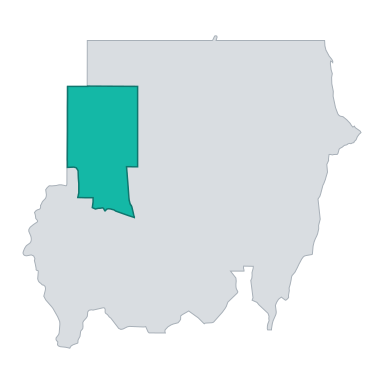 Al Malha, North Darfur, Sudan (highlighted)
{"feature_id": "16777658B62126851922243", "entity_name": "Al Malha", "entity_type": "district", "adm_level": 2, "iso_a3": "SDN", "parent_name": "Sudan", "parent_adm1": "North Darfur", "projection": "robinson", "projection_center": [26.533, 17.176], "detail": "fine", "context": "in_parent", "style": "filled", "palette": "teal", "viewbox_px": 384, "rotation_deg": 0, "n_neighbors": 0, "source": "geoboundaries", "source_scale": "gbopen_adm2", "svg_char_len": 5452}
<svg xmlns="http://www.w3.org/2000/svg" viewBox="0 0 384 384"><path d="M271.5,329.9L267.7,329.9L267.3,328.8L267.4,326.1L267.8,324.0L269.1,320.6L268.8,318.8L269.0,316.2L268.0,313.3L258.8,304.7L257.0,302.4L252.1,300.2L253.0,297.8L250.8,280.4L251.8,278.4L252.1,275.3L252.0,272.6L253.2,268.2L253.3,266.3L243.6,266.1L243.5,268.1L244.0,270.2L244.0,271.1L230.5,271.1L235.9,278.0L236.2,281.0L235.9,284.7L236.0,287.1L236.3,288.7L237.8,291.7L237.7,292.3L237.3,293.0L227.8,302.2L226.3,306.4L225.0,308.6L222.3,312.3L213.6,322.1L212.1,322.7L205.5,323.1L204.8,323.3L204.3,323.8L204.0,323.6L198.3,317.9L188.7,311.0L182.4,314.6L180.7,315.9L180.6,319.3L179.7,320.9L178.0,322.8L173.3,324.0L170.9,325.0L168.0,326.8L165.1,329.9L164.9,331.6L165.3,333.0L149.1,332.9L148.0,331.8L145.7,326.6L144.0,327.0L129.3,326.4L127.2,326.9L123.0,329.0L120.9,329.4L118.7,328.4L110.9,318.2L109.3,317.0L107.5,314.6L105.9,313.5L105.3,312.8L105.1,311.7L105.2,309.5L104.6,308.1L103.4,307.7L93.0,310.1L91.5,309.8L89.3,310.2L88.6,310.7L87.7,312.0L87.5,314.8L87.3,316.2L86.5,317.7L83.5,321.1L82.8,322.6L83.0,326.4L82.8,328.4L82.3,329.2L81.0,330.7L80.6,331.5L80.0,336.4L78.4,339.3L78.0,340.4L77.9,342.5L77.7,343.1L73.0,344.8L71.2,345.9L70.1,347.5L69.8,348.2L67.8,347.7L65.3,347.2L60.3,346.7L58.4,345.9L57.5,344.8L57.8,341.8L57.3,341.2L56.5,340.7L56.0,339.4L56.1,337.9L58.7,334.5L59.2,332.7L59.9,324.1L59.7,321.5L57.7,316.8L53.0,308.5L51.8,306.9L45.9,300.1L45.3,299.1L43.8,296.2L45.4,289.9L45.5,288.2L45.1,286.4L43.6,285.1L42.3,284.9L40.6,283.2L39.4,282.4L38.4,281.0L37.7,278.9L38.3,271.5L37.9,270.5L36.4,270.2L36.1,269.7L36.1,268.3L35.3,264.1L34.4,260.6L34.9,258.7L33.7,256.0L31.3,254.9L26.6,255.8L25.1,255.6L24.1,255.1L23.4,254.2L23.0,253.0L23.4,251.3L24.7,248.2L26.4,245.6L29.8,243.2L30.7,242.0L31.2,240.6L31.3,239.0L31.1,237.3L30.7,235.8L29.8,233.7L28.8,231.3L28.8,229.7L29.3,228.6L30.2,227.2L33.6,224.4L37.0,222.2L37.6,221.4L37.4,220.4L35.8,218.5L35.3,214.9L34.5,212.4L36.2,210.5L37.5,209.8L39.5,209.2L40.3,208.4L40.6,206.9L40.5,205.4L41.2,204.4L42.2,202.1L43.0,201.0L45.6,198.3L46.2,196.5L46.4,194.8L45.7,189.7L47.2,187.6L49.2,185.8L52.0,185.9L56.3,185.5L59.2,184.8L61.3,184.8L66.1,185.8L66.6,185.4L66.9,184.0L67.2,86.7L86.9,86.7L87.2,86.5L87.3,40.5L211.6,40.5L212.6,40.4L214.6,36.1L215.4,35.8L216.7,36.0L217.1,37.0L216.1,40.5L324.6,40.5L324.9,45.8L325.9,50.0L329.1,56.0L331.7,59.2L332.7,61.0L332.8,61.8L332.7,62.6L331.9,61.7L330.5,61.1L330.4,63.9L331.1,69.7L332.3,73.7L331.6,77.5L331.8,83.8L333.3,91.4L333.1,96.2L335.5,107.6L337.8,113.8L339.0,115.4L340.4,116.2L343.0,116.7L346.9,119.9L350.1,123.3L351.2,125.1L352.7,127.0L353.7,126.7L354.3,126.1L355.3,127.7L360.2,131.1L361.0,132.6L359.2,134.2L357.3,136.8L356.3,139.3L355.8,140.1L354.2,141.6L354.0,142.4L353.3,142.8L352.5,142.9L350.9,143.7L349.4,143.4L347.9,143.9L347.3,144.5L346.2,145.0L344.5,145.3L342.0,147.3L339.9,148.4L339.1,149.2L338.0,153.3L337.2,154.4L333.9,154.5L332.4,154.9L330.2,154.4L329.1,154.5L328.9,155.4L328.5,158.9L328.6,160.5L326.8,164.5L327.5,172.1L325.8,177.8L325.5,179.1L323.8,183.6L322.9,185.3L320.7,193.7L319.9,196.2L318.0,199.0L320.2,219.2L318.6,225.4L318.7,228.8L317.6,233.7L316.7,236.0L315.3,238.8L314.1,241.9L313.1,246.0L312.4,253.8L312.1,254.5L306.3,255.5L304.5,256.0L303.3,256.9L301.8,258.9L298.9,264.3L297.3,267.7L294.9,272.3L292.1,275.5L291.5,277.1L291.1,280.0L290.1,284.7L289.1,288.0L289.3,290.6L288.5,295.2L288.6,297.5L287.6,298.7L286.3,299.9L285.4,300.2L281.3,297.1L278.5,299.3L276.7,302.2L275.4,305.3L276.2,311.6L276.2,313.0L275.8,314.6L273.1,320.8L272.3,323.7L271.5,328.7L271.5,329.9Z" fill="#d9dde1" stroke="#a8b0b8" stroke-width="1"/><path d="M137.6,116.3L137.6,93.0L137.6,92.8L137.6,86.4L87.7,86.1L87.7,86.4L67.6,86.4L67.6,95.6L67.6,96.6L67.5,108.0L67.5,117.7L67.5,131.6L67.3,160.0L67.4,161.3L67.4,167.4L73.9,167.1L76.3,167.8L78.1,170.7L78.3,176.6L78.4,178.7L78.8,183.7L78.8,183.8L78.8,188.7L78.8,188.8L78.8,190.9L78.8,191.9L78.8,193.0L78.4,194.5L78.3,195.3L78.0,196.5L77.9,196.9L77.8,197.5L81.0,197.6L81.8,197.6L84.8,197.7L89.4,197.7L93.1,197.7L93.1,197.8L93.1,201.9L92.3,207.6L94.1,208.4L95.4,209.0L98.1,208.3L100.5,208.2L102.5,207.8L103.5,208.4L104.0,209.3L104.8,210.8L105.3,210.8L106.0,209.9L107.0,209.0L107.6,208.9L108.7,208.7L110.8,209.0L112.0,209.4L113.8,209.8L115.8,211.1L128.2,215.5L131.9,216.7L133.5,217.2L134.3,217.5L134.3,217.4L134.3,217.1L134.2,217.1L134.2,216.7L134.0,216.4L133.9,215.9L133.9,215.7L133.7,215.0L133.5,214.2L133.5,213.9L133.3,213.2L133.2,212.6L133.0,211.7L132.9,211.5L132.7,210.5L132.7,210.4L132.6,210.0L132.5,209.8L132.4,209.3L132.4,209.2L132.3,208.9L132.3,208.7L132.1,208.0L132.0,207.4L131.9,207.2L131.8,206.8L131.8,206.7L131.7,206.5L131.6,206.3L131.5,206.1L131.3,205.9L131.3,205.7L131.2,205.7L131.1,205.4L131.0,205.2L130.9,205.2L130.7,204.9L130.6,204.6L130.4,204.4L130.4,204.2L130.2,204.0L130.2,203.9L130.1,203.7L130.0,203.4L129.9,203.2L129.8,202.6L129.7,202.2L129.6,201.9L129.5,201.4L129.3,200.6L129.2,200.3L129.1,200.2L129.1,199.7L129.1,199.4L129.1,199.1L129.0,198.9L129.0,198.7L128.9,197.6L128.6,193.6L128.1,186.5L127.9,184.1L127.8,182.7L127.4,177.7L127.1,173.9L127.1,173.4L126.9,171.5L126.8,170.2L126.8,169.8L126.7,169.4L126.7,168.9L126.7,168.4L126.6,167.8L126.6,167.7L126.6,167.3L126.6,167.2L126.5,166.9L126.5,166.7L126.8,166.7L127.0,166.7L127.7,166.7L129.0,166.7L129.4,166.7L129.8,166.7L130.9,166.7L132.2,166.8L132.8,166.8L133.5,166.8L134.3,166.8L135.9,166.8L136.4,166.8L137.6,166.8L137.6,166.7L137.6,116.3Z" fill="#14b8a6" stroke="#0f766e" stroke-width="1.5"/></svg>